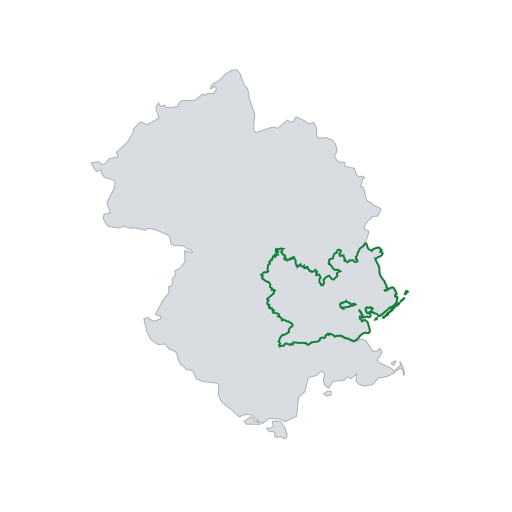 Germany, with Niedersachsen highlighted, rotated 146°
{"feature_id": "DEU-1576", "entity_name": "Niedersachsen", "entity_type": "State", "adm_level": 1, "iso_a3": "DEU", "parent_name": "Germany", "parent_adm1": "", "projection": "albers", "projection_center": [9.302, 52.591], "detail": "fine", "context": "in_parent", "style": "outline", "palette": "green", "viewbox_px": 512, "rotation_deg": 146, "n_neighbors": 0, "source": "natural_earth", "source_scale": "10m", "svg_char_len": 9782}
<svg xmlns="http://www.w3.org/2000/svg" viewBox="0 0 512 512"><g transform="rotate(146 256 256)"><path d="M230.2,426.1L219.4,419.3L209.9,420.0L208.3,417.8L205.1,417.9L200.2,414.3L195.9,416.3L194.8,418.4L195.1,419.5L199.5,419.7L200.1,420.7L195.6,422.8L188.3,422.0L179.7,423.9L172.5,423.5L168.3,421.7L167.3,418.5L167.7,413.9L169.5,407.8L170.1,403.3L169.4,400.4L170.5,396.1L173.4,390.4L177.9,373.9L187.4,362.4L187.3,358.4L171.4,354.0L168.8,352.7L166.6,349.6L153.8,351.1L152.9,347.9L149.5,346.5L145.9,348.9L144.7,348.6L140.1,341.0L139.0,337.4L136.8,335.1L133.3,334.5L134.6,327.7L138.0,322.8L138.3,318.6L131.5,314.8L128.1,309.9L127.5,304.3L129.8,297.9L135.6,294.3L135.1,287.9L130.5,284.4L130.2,283.4L132.3,281.1L125.5,273.6L127.4,266.5L126.3,264.3L123.0,262.5L122.1,260.4L124.5,260.0L130.3,255.3L130.5,254.4L129.0,253.7L128.9,251.6L132.9,241.2L132.8,239.4L130.1,234.2L130.1,232.3L126.3,226.3L126.4,224.5L132.8,221.1L138.2,224.0L140.2,222.5L142.9,222.8L149.5,220.4L151.3,217.2L148.9,214.5L149.2,212.4L156.7,206.8L158.0,204.1L158.6,198.7L157.7,196.9L156.8,195.7L150.6,194.6L149.1,191.4L149.7,187.3L150.8,186.6L158.3,186.9L161.6,175.2L163.5,171.5L164.4,156.8L160.6,152.3L162.3,143.9L165.2,139.4L167.4,138.2L176.9,137.7L187.4,138.3L191.7,145.2L190.0,148.7L192.5,150.4L193.8,149.8L195.4,143.4L196.3,142.3L200.7,146.7L200.7,152.3L202.0,144.7L201.1,139.4L201.8,134.3L204.4,129.9L212.0,131.8L220.5,130.9L223.7,132.9L231.0,142.8L236.5,144.9L232.3,142.8L223.4,130.7L214.3,127.6L212.2,124.1L212.4,112.0L208.9,109.5L205.2,110.3L204.8,107.5L205.4,105.5L213.7,102.3L213.8,99.0L206.5,87.1L206.2,81.9L212.4,82.3L220.0,84.7L221.9,86.5L231.6,84.2L239.1,87.7L242.6,92.6L242.8,96.9L238.5,102.0L246.0,101.2L247.9,104.9L251.9,103.5L262.1,109.0L269.7,105.9L271.2,110.5L269.8,115.1L264.5,120.2L265.7,123.2L267.5,123.9L272.6,123.1L280.8,125.9L291.3,116.2L299.9,114.8L312.0,100.3L324.4,102.4L327.9,108.2L336.5,114.3L344.0,113.3L347.1,119.4L348.7,127.0L353.4,130.7L359.9,132.1L361.6,140.1L365.7,152.5L365.9,156.5L365.0,160.9L363.1,164.7L359.1,169.4L359.0,172.0L370.6,182.0L374.0,187.3L372.7,195.3L374.7,199.0L376.7,200.1L377.5,202.0L377.9,206.6L379.3,207.8L377.7,216.2L375.9,219.7L376.7,222.5L380.0,227.4L380.5,233.8L386.9,237.5L389.9,245.8L389.0,253.2L384.2,266.6L379.6,265.2L379.7,262.4L378.8,262.3L377.1,258.9L370.3,257.3L368.6,259.1L372.2,263.7L358.8,271.0L348.9,274.2L345.6,279.3L343.7,278.4L339.8,280.7L338.3,283.9L333.5,285.1L331.5,289.1L326.1,288.3L319.8,290.3L317.0,292.5L312.1,300.5L307.6,294.7L306.6,294.7L306.4,296.7L309.1,300.9L310.2,304.5L318.0,310.8L319.7,313.5L316.4,321.0L324.3,333.6L330.1,339.5L333.2,339.3L340.4,346.9L345.1,349.5L348.9,354.9L353.4,355.5L360.6,361.8L362.2,363.9L361.8,372.3L358.6,375.6L352.6,373.2L349.7,383.6L335.2,391.7L331.2,396.4L331.2,397.9L337.7,406.2L337.9,410.0L336.4,414.1L340.7,415.0L341.4,417.0L340.6,425.3L334.0,422.6L332.6,418.2L329.8,416.9L323.5,418.7L314.7,415.3L314.1,419.9L299.4,422.1L289.3,426.9L286.4,429.9L278.3,431.6L276.4,431.4L272.8,425.8L259.1,424.6L257.0,433.3L255.3,435.7L251.2,437.4L251.7,433.4L247.4,432.1L247.2,429.5L244.3,426.9L237.3,423.7L234.2,426.0L230.2,426.1ZM342.9,102.6L343.8,105.7L343.2,107.4L339.9,104.9L336.9,105.1L335.3,109.3L333.9,109.6L329.0,106.1L328.1,104.3L328.1,95.9L329.4,94.1L329.5,91.5L332.0,88.6L334.3,88.3L336.4,92.2L341.0,94.5L341.4,95.6L339.2,99.1L339.9,100.8L342.9,102.6ZM357.9,121.9L358.2,125.6L350.3,125.7L349.5,123.0L349.8,120.3L347.1,117.5L346.9,114.3L357.9,121.9ZM197.5,84.4L195.7,88.2L196.1,81.6L199.2,74.6L200.4,74.8L198.7,78.0L198.4,82.0L205.1,82.5L204.3,83.7L197.5,84.4ZM277.0,103.9L272.8,104.1L269.5,101.8L271.5,98.7L275.5,100.1L277.0,103.9ZM203.9,90.8L202.8,91.9L198.8,90.7L201.8,88.6L203.5,89.1L203.9,90.8Z" fill="#d9dde1" stroke="#a8b0b8" stroke-width="1"/><path d="M160.3,177.3L163.0,173.1L163.6,171.5L164.0,168.4L163.8,165.0L163.5,163.5L164.2,161.3L164.3,158.5L165.4,157.2L165.5,156.7L165.3,156.2L166.1,155.1L167.1,154.9L169.2,156.0L168.5,155.0L167.4,154.5L161.1,154.1L160.1,153.6L159.7,152.3L159.8,148.8L160.7,145.9L160.9,145.5L162.6,145.8L163.2,144.9L163.0,143.9L161.8,143.1L161.8,142.5L162.2,142.0L165.7,138.9L168.0,138.1L172.2,137.7L172.8,138.4L173.4,138.5L185.9,136.8L188.0,137.5L187.8,139.1L188.6,140.8L189.7,142.3L190.6,143.0L190.4,143.9L191.4,144.3L191.7,144.8L191.3,146.0L190.2,146.7L188.6,147.1L189.4,149.2L189.7,149.7L190.4,149.4L191.2,149.6L192.6,151.4L193.5,151.6L194.1,151.4L195.1,150.1L195.7,148.5L195.9,146.9L195.1,145.9L193.4,146.1L194.0,143.1L194.6,142.0L196.2,141.8L196.8,142.0L197.8,143.7L202.4,145.3L202.4,145.7L201.1,147.0L200.6,148.0L200.4,152.0L200.6,153.1L200.9,154.0L200.8,148.5L201.2,147.5L202.5,146.4L202.9,147.3L203.7,147.8L204.8,146.6L204.9,145.9L204.3,143.3L204.6,142.5L202.7,142.4L201.3,141.9L200.6,139.6L200.6,138.0L203.1,130.7L204.0,129.6L205.3,129.1L206.2,129.3L207.8,130.9L208.8,131.5L211.0,132.0L215.3,131.6L215.8,131.0L218.0,130.4L220.2,130.5L220.6,130.1L222.4,130.4L223.2,131.4L225.9,136.2L228.2,138.6L228.6,140.0L230.5,142.8L234.1,144.8L236.0,145.2L236.1,147.1L237.5,149.4L238.6,150.6L239.7,149.8L239.9,150.2L240.1,151.4L241.0,151.0L241.9,151.4L243.3,150.8L243.5,150.1L244.9,149.7L246.8,151.4L247.8,151.8L249.3,151.7L250.0,150.7L250.5,150.4L252.3,150.4L258.5,153.5L259.3,153.1L262.4,153.2L263.0,154.0L263.2,156.0L264.2,156.4L266.1,158.2L268.6,159.6L273.2,163.5L275.0,162.0L276.1,163.6L277.0,163.0L277.9,163.7L278.9,165.5L280.4,166.9L281.5,166.8L283.0,166.0L283.7,166.2L284.5,167.1L287.1,167.8L286.6,169.4L285.1,169.8L284.8,171.3L285.0,172.6L284.1,172.7L282.4,174.4L278.1,175.9L277.0,174.9L271.3,174.4L270.9,174.7L270.7,175.8L269.4,176.9L267.8,177.5L265.2,177.6L264.2,178.1L264.2,180.4L265.3,182.2L265.5,183.3L266.5,183.9L268.0,186.6L269.2,188.3L270.0,187.9L270.6,188.2L269.8,189.5L269.8,190.7L270.0,191.5L271.4,193.7L270.0,193.9L269.7,195.4L271.8,198.1L273.6,199.5L273.4,200.4L271.5,201.0L271.7,201.6L272.2,201.9L272.6,202.6L272.0,203.5L272.9,204.7L273.4,204.7L273.5,205.5L273.9,205.2L274.1,206.1L273.9,206.6L272.8,207.0L272.3,207.9L272.5,208.6L273.3,209.0L273.4,209.8L273.2,210.4L272.2,211.4L270.4,212.3L271.0,213.1L270.8,214.2L262.2,215.0L261.9,215.2L261.9,215.8L261.1,216.7L259.6,216.9L260.2,218.3L261.8,219.1L261.0,219.8L260.9,220.7L261.5,221.3L261.7,222.6L260.1,224.3L260.0,226.3L260.2,227.5L261.2,228.4L262.0,230.1L262.5,230.8L262.7,232.5L263.6,234.0L261.7,235.5L261.6,235.8L262.4,236.8L262.3,237.6L261.3,237.1L259.6,237.9L258.3,237.9L255.9,236.4L254.3,236.6L254.4,237.5L253.8,238.9L252.3,240.1L251.9,241.1L250.4,242.0L249.0,241.7L248.5,243.1L247.7,243.5L247.8,243.9L245.9,243.9L245.5,244.5L244.7,243.9L242.0,246.3L240.7,245.3L240.7,244.6L239.5,245.0L239.9,246.3L239.4,246.7L238.6,245.6L237.5,245.1L237.7,245.6L237.4,245.9L235.1,247.2L235.3,247.8L236.2,248.7L237.0,248.2L237.2,248.3L236.8,249.4L235.4,250.6L233.9,249.2L230.9,248.2L229.9,247.1L231.0,247.3L230.8,246.4L231.2,245.6L232.9,245.3L232.9,243.3L232.7,242.8L232.9,242.2L232.3,241.6L231.7,240.0L232.2,239.7L232.4,238.4L233.1,238.5L232.8,237.7L233.9,238.0L234.3,237.5L233.7,236.8L233.4,235.8L232.7,235.3L232.4,234.7L231.4,234.9L230.3,234.3L229.7,234.8L228.9,234.8L228.4,233.6L227.9,233.6L227.4,234.1L227.2,233.9L225.8,234.3L225.2,234.0L225.3,233.1L225.7,232.5L225.7,229.9L226.2,229.0L227.0,228.4L227.5,226.9L227.5,225.9L227.8,225.4L227.1,224.9L227.7,223.8L223.7,224.2L224.2,222.5L223.8,221.4L223.2,221.1L221.8,221.1L222.4,220.4L222.7,218.8L221.5,218.3L220.8,218.9L219.4,218.2L220.2,216.7L219.6,214.9L219.9,213.8L219.6,213.1L218.5,212.5L218.6,211.5L216.3,211.0L214.4,211.2L214.7,210.2L214.2,208.7L215.8,208.4L215.6,207.3L216.6,206.3L214.1,205.3L214.0,205.0L214.4,202.4L214.8,201.7L215.9,201.6L216.6,201.2L218.2,198.4L217.7,196.4L218.3,195.8L218.3,195.2L216.9,194.3L215.3,195.1L214.5,195.9L213.5,198.4L209.6,199.3L206.3,198.8L206.1,195.0L205.4,193.6L204.4,193.0L202.3,193.7L200.3,193.7L199.3,194.5L198.9,196.1L198.2,196.5L196.6,196.7L194.7,196.2L195.6,198.7L197.4,199.6L198.6,200.8L199.1,203.2L199.1,207.4L199.2,207.8L200.1,208.5L200.0,209.1L199.5,209.8L198.1,210.8L197.3,212.1L193.5,211.1L191.0,213.4L189.0,214.1L187.9,213.7L186.9,213.9L184.9,215.4L183.3,214.5L182.7,212.9L183.6,211.9L185.6,211.4L186.4,209.2L185.6,208.7L184.4,208.7L184.0,208.0L183.1,207.5L183.8,206.4L183.6,205.4L184.4,204.3L184.0,203.0L185.2,202.5L183.4,199.5L181.0,200.1L177.8,198.0L177.4,195.8L177.1,195.4L174.8,194.8L174.2,196.6L174.8,197.5L174.4,197.8L173.6,199.5L172.2,199.6L169.4,202.1L168.0,202.6L166.0,204.0L160.9,204.3L158.9,205.4L158.1,205.3L157.8,204.0L157.8,203.2L158.6,201.2L158.9,199.5L158.6,198.2L156.9,195.4L156.3,196.0L154.8,196.2L150.3,195.0L149.1,194.0L148.8,191.6L148.5,190.9L150.6,190.1L149.5,189.0L149.7,187.8L149.5,187.3L151.5,186.3L154.2,186.4L155.7,186.9L157.1,186.7L158.5,187.3L159.0,186.3L159.7,179.6L160.3,177.3ZM202.5,160.8L201.6,160.2L200.6,160.2L201.1,161.4L202.9,162.3L204.0,162.5L204.4,163.3L204.6,164.7L206.3,166.9L206.4,168.4L208.3,168.2L210.3,169.2L210.8,169.0L210.9,168.6L212.3,169.6L213.9,168.3L214.1,167.0L214.4,166.4L213.5,165.1L214.0,164.4L212.9,163.2L212.0,164.4L209.8,162.9L208.5,162.8L207.8,162.3L207.6,161.8L206.0,162.0L203.3,160.7L202.5,160.8ZM163.2,136.9L164.5,136.2L166.0,136.0L169.2,136.3L167.7,136.9L164.3,137.2L163.2,136.9ZM153.8,141.4L151.7,142.0L152.6,143.3L151.8,142.6L150.9,142.9L150.4,142.6L150.0,141.5L153.5,140.7L153.8,141.4ZM172.7,134.9L176.4,134.7L176.9,135.2L174.7,135.2L173.8,135.4L173.7,136.2L172.7,136.0L172.7,134.9ZM177.9,134.7L178.6,133.9L179.8,133.6L182.1,133.8L182.1,134.2L180.3,134.8L179.5,134.9L178.8,134.4L178.3,134.9L177.9,134.7ZM156.0,138.3L157.1,137.8L160.8,137.4L161.9,137.8L156.0,138.3ZM190.5,137.2L190.9,136.3L191.4,136.1L192.6,136.6L191.4,137.2L190.5,137.2ZM183.8,134.2L183.2,133.8L183.4,133.5L184.4,133.3L186.0,133.9L183.8,133.6L183.8,134.2ZM169.7,136.1L170.7,135.7L171.6,136.2L171.2,136.5L169.7,136.1Z" fill="none" stroke="#15803d" stroke-width="2"/></g></svg>